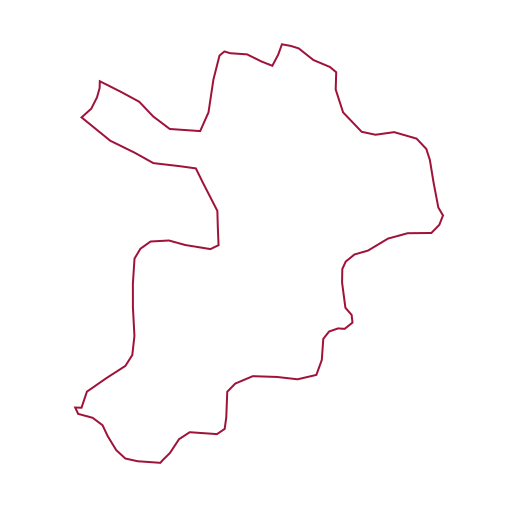 Sarajevo, Equal Earth projection, rotated 184°
{"feature_id": "BIH-2890", "entity_name": "Sarajevo", "entity_type": "Canton", "adm_level": 1, "iso_a3": "BIH", "parent_name": "Bosnia and Herzegovina", "parent_adm1": "", "projection": "equal_earth", "projection_center": [18.322, 43.843], "detail": "fine", "context": "isolated", "style": "outline", "palette": "rose", "viewbox_px": 512, "rotation_deg": 184, "n_neighbors": 0, "source": "natural_earth", "source_scale": "10m", "svg_char_len": 1563}
<svg xmlns="http://www.w3.org/2000/svg" viewBox="0 0 512 512"><g transform="rotate(184 256 256)"><path d="M425.8,92.2L419.5,92.5L415.2,108.9L396.9,123.6L378.6,137.3L372.5,148.6L371.7,167.8L375.2,196.2L376.9,220.0L377.0,245.0L371.8,255.2L362.2,263.1L343.9,265.4L327.3,262.0L302.0,259.7L294.1,264.2L295.9,280.2L297.7,298.3L314.2,325.6L322.1,339.2L338.7,340.3L364.9,341.5L384.1,350.5L409.4,360.8L439.7,382.1L438.0,383.8L430.6,391.5L425.7,403.1L423.7,412.7L424.0,419.4L403.3,410.8L383.2,401.7L368.4,388.1L350.9,376.7L338.7,376.7L320.4,376.7L313.4,396.0L310.8,429.0L306.4,453.4L301.8,457.8L301.6,457.8L295.9,456.5L278.9,456.5L264.8,450.7L264.7,450.6L253.0,446.9L247.9,458.4L244.9,469.0L243.2,468.8L236.0,468.0L230.1,466.6L227.9,466.1L225.7,464.6L212.4,455.5L195.4,449.7L188.8,444.9L188.6,439.6L188.1,427.6L179.2,405.5L179.2,405.4L163.7,391.3L159.3,387.3L158.0,387.1L145.3,385.3L131.0,388.3L126.8,389.2L123.6,388.5L104.0,384.3L93.6,374.7L89.3,364.1L84.5,343.8L84.1,342.1L83.5,339.8L77.5,317.1L72.5,309.8L72.5,309.6L72.3,309.5L75.3,299.9L82.7,291.2L106.3,289.3L125.5,282.6L144.7,269.2L157.9,264.4L166.1,256.7L169.0,249.0L168.3,235.6L163.2,210.6L157.8,205.2L156.5,203.9L155.1,196.3L162.5,189.5L169.1,189.5L177.9,185.7L183.1,178.0L183.1,156.9L187.5,141.6L205.9,135.9L226.6,136.8L250.8,135.9L267.8,127.3L275.2,118.6L274.4,92.8L275.2,81.3L282.5,75.6L298.0,75.6L309.8,75.6L320.0,67.9L328.1,53.5L334.8,45.9L337.0,43.0L349.5,43.0L359.8,43.0L372.3,44.9L381.9,52.6L391.4,66.0L397.3,76.5L407.7,83.2L422.4,86.1L425.8,92.2Z" fill="none" stroke="#9f1239" stroke-width="2"/></g></svg>